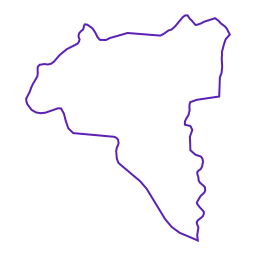 outline of Valga
{"feature_id": "EST-2349", "entity_name": "Valga", "entity_type": "County", "adm_level": 1, "iso_a3": "EST", "parent_name": "Estonia", "parent_adm1": "", "projection": "mercator", "projection_center": [26.16, 57.869], "detail": "fine", "context": "isolated", "style": "outline", "palette": "violet", "viewbox_px": 256, "rotation_deg": 0, "n_neighbors": 0, "source": "natural_earth", "source_scale": "10m", "svg_char_len": 1684}
<svg xmlns="http://www.w3.org/2000/svg" viewBox="0 0 256 256"><path d="M40.5,113.2L35.9,112.4L31.5,109.8L27.4,104.3L26.4,101.4L26.2,99.0L26.2,98.6L29.9,91.5L31.1,87.9L32.5,84.8L37.3,76.4L37.8,73.1L37.6,69.7L37.8,66.7L39.6,64.8L44.6,64.0L47.5,64.5L50.8,63.9L54.0,61.6L59.7,55.0L66.9,49.1L77.5,43.7L78.9,41.8L79.6,39.3L78.7,37.3L78.5,35.6L79.1,33.4L80.5,31.7L83.2,29.3L83.7,27.7L83.9,25.9L85.0,24.3L87.4,24.7L92.5,28.4L95.2,32.4L97.6,37.3L100.0,39.9L106.0,40.0L110.0,38.0L127.6,33.0L160.3,35.6L164.0,33.7L168.4,30.5L171.6,29.5L175.0,26.5L182.8,17.1L185.2,15.4L187.6,15.4L189.7,18.7L191.6,20.4L195.5,25.0L197.6,24.6L201.3,23.3L203.9,21.8L215.1,18.2L218.8,21.0L220.7,23.3L224.8,26.3L226.6,28.3L229.8,34.6L225.9,38.9L225.3,40.2L224.0,44.1L221.9,52.0L222.0,54.9L221.7,58.9L222.2,66.2L221.6,72.7L219.9,77.3L219.2,96.5L196.8,99.8L190.3,102.1L189.6,104.0L189.4,107.0L189.6,110.3L188.5,115.0L186.2,118.8L184.9,121.5L184.9,124.7L190.4,126.0L192.3,130.0L189.8,137.0L190.0,138.7L190.4,150.3L195.6,154.8L201.0,156.6L202.7,159.4L203.0,162.1L201.9,167.0L200.6,169.2L198.7,170.5L197.3,172.0L197.3,174.1L198.3,176.9L198.7,180.6L200.2,183.0L202.6,184.9L204.9,187.2L205.2,190.0L204.4,192.5L200.5,196.1L196.8,202.5L197.2,203.9L199.6,207.1L203.8,211.7L203.8,213.7L203.1,215.8L201.4,217.6L197.9,220.2L196.7,222.2L196.9,223.5L197.7,225.7L198.4,227.3L197.2,235.3L197.8,240.5L182.3,233.9L179.8,232.9L171.7,227.0L165.1,219.1L146.6,188.7L140.1,181.2L118.5,163.0L116.8,158.5L116.2,151.0L116.8,147.6L117.9,145.4L118.6,143.2L118.0,139.7L116.5,137.9L114.2,136.8L73.2,133.1L68.3,128.3L65.8,121.0L63.9,113.6L61.0,108.4L58.0,108.3L55.8,109.1L45.3,112.7L40.5,113.2Z" fill="none" stroke="#5b21b6" stroke-width="2"/></svg>